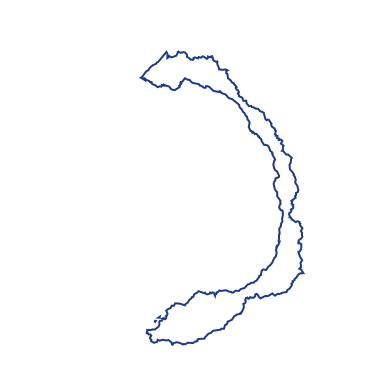 Parigi Moutong, Sulawesi Tengah, Indonesia, rotated 153°
{"feature_id": "22746128B5854376167403", "entity_name": "Parigi Moutong", "entity_type": "district", "adm_level": 2, "iso_a3": "IDN", "parent_name": "Indonesia", "parent_adm1": "Sulawesi Tengah", "projection": "mercator", "projection_center": [120.393, -0.239], "detail": "fine", "context": "isolated", "style": "outline", "palette": "blue", "viewbox_px": 384, "rotation_deg": 153, "n_neighbors": 0, "source": "geoboundaries", "source_scale": "gbopen_adm2", "svg_char_len": 5921}
<svg xmlns="http://www.w3.org/2000/svg" viewBox="0 0 384 384"><g transform="rotate(153 192 192)"><path d="M225.8,55.6L222.6,58.6L221.5,58.2L219.9,59.1L219.2,60.3L214.6,60.0L210.5,62.3L209.1,62.1L207.9,62.5L203.6,61.4L203.4,62.4L202.2,62.4L199.0,64.8L197.8,66.4L197.0,69.0L195.5,68.8L194.3,69.5L193.6,70.4L193.7,71.5L192.1,73.0L190.5,72.8L190.3,71.3L189.3,71.1L187.8,71.9L186.8,70.6L184.7,69.9L183.0,70.5L182.1,72.0L180.7,71.9L180.0,70.3L180.1,68.3L179.4,66.2L173.3,66.0L172.8,65.3L171.6,64.8L166.5,65.1L165.1,62.0L161.9,62.4L160.7,61.4L156.9,61.1L153.1,60.0L151.5,61.4L149.4,61.5L146.2,63.0L145.2,63.8L145.1,65.1L143.2,65.6L143.0,66.8L140.7,66.9L140.0,68.0L138.1,68.3L135.0,70.1L132.9,70.5L129.6,69.1L129.9,73.1L131.2,74.9L128.9,75.6L127.3,79.8L124.8,81.2L125.1,85.2L124.5,90.2L122.7,90.3L120.6,91.7L118.3,95.8L118.8,96.9L120.5,97.8L120.2,98.8L119.5,98.9L119.3,100.0L118.3,100.7L115.7,101.0L113.9,102.1L113.3,104.6L112.5,105.6L112.7,107.8L110.1,109.5L110.8,113.6L109.9,114.5L110.4,115.4L109.8,116.4L111.3,118.1L113.3,118.1L114.9,121.6L115.8,122.4L115.3,123.6L115.7,124.8L116.5,125.2L115.9,125.8L115.7,127.8L115.0,129.1L113.5,129.1L111.9,130.2L111.8,131.5L109.5,131.5L108.4,132.7L108.4,134.6L107.7,134.9L108.6,136.4L106.9,138.2L107.4,139.0L102.2,139.9L102.1,141.6L100.6,142.1L99.9,143.9L97.9,143.8L96.4,145.4L95.3,149.8L95.8,153.0L94.9,155.0L94.0,155.6L93.4,159.2L93.9,160.5L93.3,161.3L93.3,163.1L94.4,167.9L92.7,172.1L90.8,173.2L88.8,176.3L87.6,177.2L89.5,181.9L91.0,182.4L92.2,187.3L93.0,187.8L91.7,188.5L90.8,190.5L89.4,191.7L90.8,194.8L88.3,196.4L88.9,198.4L91.1,198.9L90.3,200.3L91.7,201.3L90.5,203.1L91.9,204.1L91.4,204.9L91.9,205.8L89.6,208.2L89.9,209.8L89.5,210.8L91.2,214.2L90.6,217.0L90.2,217.0L90.8,221.4L91.5,222.1L92.9,222.0L93.5,223.8L92.1,230.2L94.8,233.4L95.3,236.2L97.4,237.2L98.9,239.7L100.2,240.6L100.2,241.7L102.2,242.6L103.1,246.1L102.3,248.7L104.8,249.9L104.4,253.3L106.7,256.0L106.2,256.8L106.4,259.0L104.9,259.5L104.8,261.7L105.5,262.4L105.9,264.7L105.7,265.1L104.7,265.1L104.6,265.9L105.7,269.0L105.3,269.9L106.6,271.3L106.8,273.8L108.3,277.0L106.9,280.9L107.6,282.5L106.6,283.3L106.5,284.3L105.2,284.3L106.5,286.0L108.7,286.7L112.3,289.0L111.7,289.9L111.4,294.5L110.2,296.8L111.5,297.1L113.2,299.7L112.5,302.7L113.5,303.1L112.9,304.0L115.5,304.3L116.2,305.4L117.2,304.0L118.2,303.8L120.5,307.9L123.1,307.6L124.8,309.2L125.9,308.3L128.4,310.7L130.0,310.6L130.5,309.3L131.1,309.3L133.4,310.9L133.4,312.0L135.1,314.7L134.2,316.5L134.8,319.5L136.4,320.6L138.8,321.0L140.4,323.3L141.1,323.3L141.9,322.1L144.1,320.6L149.0,321.2L150.9,323.8L151.8,322.5L153.2,322.5L151.3,325.7L151.2,328.4L163.5,323.1L164.4,323.4L166.1,322.5L168.9,322.8L172.9,321.9L175.6,320.4L178.2,320.2L184.1,317.2L185.7,317.0L185.1,316.0L182.5,314.8L181.9,312.6L179.7,310.3L179.6,309.3L178.1,308.3L178.3,307.3L178.8,307.7L178.4,306.3L176.3,303.8L175.0,301.0L172.7,300.8L171.7,299.9L171.1,300.4L169.9,300.1L169.9,300.8L169.1,300.2L168.3,300.6L167.3,298.9L164.5,296.4L163.8,292.8L161.2,290.6L155.5,291.1L155.2,292.4L154.4,292.2L153.5,293.3L152.7,293.1L152.2,293.6L152.6,294.7L152.1,295.1L150.4,294.7L146.7,296.6L145.0,294.1L143.2,293.0L142.8,290.7L141.8,288.8L136.9,285.0L136.7,283.3L135.7,282.6L133.9,279.3L132.5,278.8L131.6,279.9L130.3,279.4L128.9,277.8L127.0,272.3L122.3,268.7L121.7,269.3L121.1,269.0L120.8,266.8L117.7,263.5L116.7,259.1L114.1,256.6L110.4,248.3L111.0,246.7L110.8,244.7L110.2,243.4L110.1,239.9L109.4,238.6L109.4,235.2L108.8,234.0L109.6,231.3L109.1,230.1L109.1,227.8L112.0,224.0L112.1,219.8L111.4,219.5L111.3,217.4L110.2,217.7L109.6,215.0L108.6,214.9L107.8,213.8L107.8,211.7L107.0,211.0L107.5,210.5L106.4,207.6L106.8,205.5L106.4,201.3L103.6,199.4L103.0,197.4L103.6,193.4L102.6,190.8L102.7,189.7L103.3,189.6L103.2,183.2L104.7,182.4L106.9,179.8L108.0,176.2L107.9,173.5L106.9,171.7L107.0,167.0L107.6,166.1L108.8,165.7L109.3,166.1L111.5,166.2L112.2,164.8L114.4,163.6L115.6,162.1L116.8,157.4L116.8,155.0L116.2,153.3L118.0,149.5L117.2,143.9L118.0,143.0L118.3,141.4L119.7,140.6L121.4,138.6L121.2,135.5L120.0,134.7L119.8,133.9L121.6,130.0L124.1,127.0L124.7,124.8L126.9,123.4L128.3,121.2L131.0,119.6L132.9,115.0L134.0,114.3L135.5,111.0L137.2,109.0L137.1,108.2L136.5,108.0L139.5,105.4L140.9,105.5L141.7,104.7L141.3,104.4L143.5,102.3L143.9,100.0L145.6,97.5L147.1,96.2L148.5,96.0L152.6,92.6L155.7,91.2L157.9,90.9L161.0,89.0L162.0,89.2L163.3,90.5L164.6,90.6L166.1,89.8L168.3,86.6L170.2,86.7L170.8,85.8L174.9,83.7L176.9,83.8L178.0,83.2L180.9,84.2L182.3,83.8L184.2,84.3L188.7,82.6L192.8,83.4L195.0,82.6L198.2,84.3L200.9,83.7L202.0,84.2L202.4,85.2L204.0,86.2L206.3,89.0L211.3,90.8L212.3,91.9L214.3,91.1L215.6,91.4L216.5,90.0L218.1,90.0L218.6,89.2L218.6,90.5L218.1,91.0L218.3,92.4L219.5,93.2L220.5,93.0L221.4,94.2L222.5,93.4L224.9,93.9L226.2,95.5L226.2,96.3L226.8,96.2L227.8,97.1L231.1,100.6L233.3,99.9L236.1,100.0L238.5,98.0L239.6,98.4L241.1,97.4L242.6,97.4L246.1,95.4L249.0,95.0L249.8,94.2L253.5,98.1L257.5,100.4L259.8,98.9L261.8,99.9L263.5,98.4L266.9,98.5L268.8,98.0L269.0,94.8L269.9,93.8L271.6,93.3L271.4,92.6L272.5,91.2L273.9,90.9L274.8,91.7L276.2,91.8L277.3,91.0L279.2,91.7L280.2,91.0L281.3,88.5L283.0,87.2L287.6,86.3L289.3,87.4L291.7,87.8L294.4,89.5L295.1,88.0L296.3,87.3L296.4,86.7L295.4,86.1L295.4,84.9L293.8,84.0L293.5,82.4L295.2,81.6L295.9,80.2L295.3,78.8L296.2,77.7L294.3,74.9L291.4,74.3L289.6,75.9L288.3,74.1L285.5,73.8L281.8,71.1L280.3,70.9L278.6,67.5L279.0,65.0L278.6,64.7L277.3,65.7L274.1,65.2L271.6,63.3L269.2,60.2L268.3,60.3L267.4,59.5L264.0,59.5L259.6,57.0L257.0,57.3L254.8,56.7L254.2,57.9L253.2,58.2L247.4,55.7L246.2,56.7L241.6,58.3L239.3,57.9L236.4,58.8L229.0,56.4L227.7,56.8L225.8,55.6ZM277.3,95.5L279.0,95.3L277.9,94.7L277.3,95.5ZM283.8,93.8L283.7,93.0L282.7,93.5L283.1,93.9L283.8,93.8ZM183.5,313.6L183.0,312.7L182.6,313.4L183.5,313.6ZM168.5,300.1L168.3,299.2L167.9,299.1L167.8,299.3L168.5,300.1ZM275.4,92.6L274.9,92.1L274.5,92.4L274.6,92.5L275.4,92.6Z" fill="none" stroke="#1e3a8a" stroke-width="2"/></g></svg>